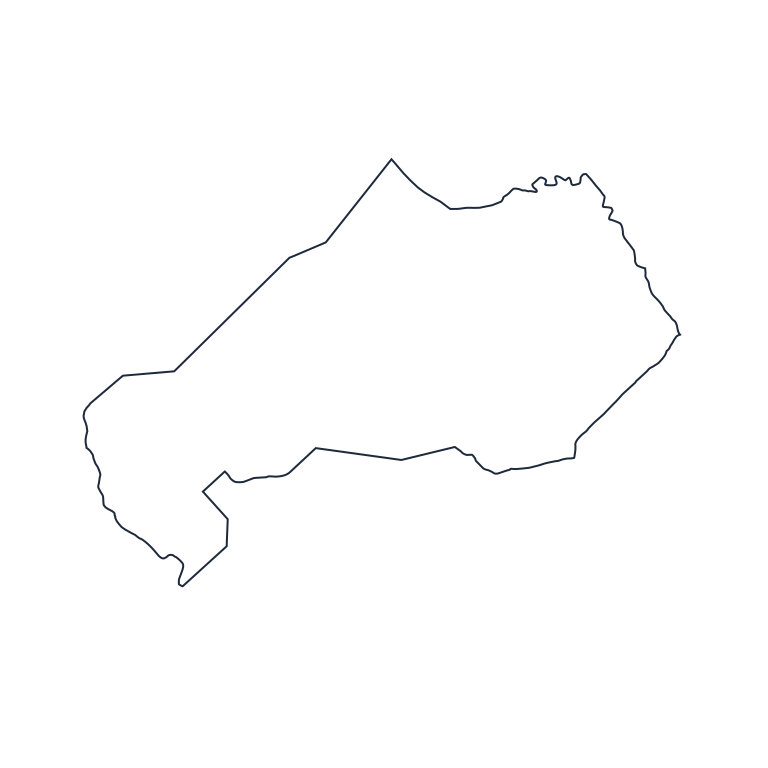 San Jose, La Paz, Honduras, rotated 138°
{"feature_id": "27666195B94160628539031", "entity_name": "San Jose", "entity_type": "district", "adm_level": 2, "iso_a3": "HND", "parent_name": "Honduras", "parent_adm1": "La Paz", "projection": "albers", "projection_center": [-87.966, 14.235], "detail": "fine", "context": "isolated", "style": "outline", "palette": "slate", "viewbox_px": 768, "rotation_deg": 138, "n_neighbors": 0, "source": "geoboundaries", "source_scale": "gbopen_adm2", "svg_char_len": 6129}
<svg xmlns="http://www.w3.org/2000/svg" viewBox="0 0 768 768"><g transform="rotate(138 384 384)"><path d="M112.5,295.2L113.6,296.8L114.7,298.7L115.4,300.1L116.4,302.3L116.5,303.0L116.3,304.6L115.8,306.2L115.4,307.0L115.0,307.6L113.8,308.8L113.2,309.5L110.5,313.4L109.0,315.9L108.9,316.3L108.5,320.0L107.7,330.5L107.5,331.9L107.1,333.3L106.6,334.5L106.1,335.5L104.3,337.7L102.7,340.1L101.8,341.9L101.3,343.4L101.1,344.3L101.1,345.2L101.2,345.8L101.5,346.6L102.7,349.2L104.5,352.7L105.0,353.6L106.1,355.0L106.3,355.5L106.3,355.8L106.1,356.2L105.6,356.7L104.6,357.4L103.6,357.9L102.4,358.4L99.9,359.1L98.1,359.9L98.0,360.0L97.3,362.5L97.4,362.9L98.3,364.2L100.2,366.4L102.3,368.5L102.5,368.9L102.5,369.4L102.4,369.7L102.1,370.1L98.3,372.7L95.5,374.8L94.8,375.6L94.5,376.1L94.4,376.8L94.5,378.1L93.9,383.4L93.8,389.3L93.3,397.7L93.3,403.2L93.3,404.3L93.4,404.8L93.8,405.2L94.5,405.7L95.4,406.4L96.8,406.5L98.2,406.2L99.2,406.0L99.8,405.7L100.4,405.2L101.4,404.1L102.4,403.3L103.5,402.5L104.3,402.3L104.7,402.3L105.3,402.5L107.0,403.3L108.6,404.1L109.9,405.0L110.4,405.4L110.6,405.9L110.8,406.5L110.8,407.0L110.6,407.6L109.1,410.3L108.5,411.9L108.3,412.7L108.4,413.3L108.5,413.5L108.8,413.7L109.2,413.8L110.8,413.9L112.5,413.9L113.0,414.1L113.6,415.7L114.3,418.5L114.8,420.1L115.5,421.4L116.0,422.3L116.7,422.9L117.1,423.2L117.6,423.3L118.0,423.2L118.5,422.9L118.9,422.6L119.7,421.2L120.4,419.3L120.9,418.3L121.3,417.7L121.6,417.5L121.9,417.3L122.3,417.2L122.8,417.2L124.0,417.6L125.2,418.4L127.4,420.3L130.1,423.0L130.5,423.5L130.7,424.1L130.7,424.4L130.5,424.7L128.5,425.8L127.7,426.4L127.4,426.8L127.3,427.4L127.2,428.0L127.4,428.8L127.6,429.7L128.0,430.6L128.3,431.3L128.8,431.9L129.2,432.4L129.8,432.8L130.5,433.0L131.4,433.1L134.0,433.0L139.4,433.1L140.1,433.1L140.3,433.0L140.6,432.6L140.9,432.0L141.1,431.2L141.3,430.3L141.3,429.2L140.9,427.3L141.0,425.9L141.2,425.3L141.5,425.0L141.9,424.8L142.3,424.9L142.9,425.3L145.3,428.4L146.1,429.3L146.6,429.9L147.6,430.5L148.0,430.9L149.0,432.5L149.5,433.3L150.5,434.3L151.6,435.2L152.6,437.3L153.6,439.0L155.6,441.3L156.6,442.1L157.3,442.4L157.7,442.5L159.5,442.5L163.0,442.2L165.0,442.2L166.2,442.3L168.7,442.8L169.9,442.9L170.3,442.8L170.7,442.7L171.7,442.0L172.4,441.7L173.9,441.3L174.7,441.1L177.0,441.9L183.5,444.3L184.9,445.0L189.2,447.6L193.5,450.1L195.0,451.0L198.9,454.3L202.8,458.0L204.3,459.3L205.6,460.3L209.4,462.9L212.2,464.9L214.9,467.3L217.7,469.9L220.0,481.6L223.1,490.6L225.7,499.3L227.3,507.2L228.2,517.7L228.5,528.0L228.1,541.7L228.1,546.0L332.5,528.2L364.6,539.2L369.8,541.1L531.4,533.8L572.5,564.9L615.1,566.1L616.7,565.7L621.3,565.2L625.1,564.0L628.4,561.5L629.8,559.7L631.0,556.8L631.7,554.8L633.2,551.7L636.1,547.4L637.7,546.4L640.5,544.4L642.7,542.6L644.5,540.7L645.7,538.9L646.9,536.8L647.8,535.7L647.3,533.2L647.2,531.1L647.3,529.6L647.8,526.4L648.2,525.5L649.7,523.0L651.2,519.3L651.8,517.4L652.1,514.8L652.5,513.3L653.3,510.9L654.3,508.5L655.2,506.7L655.7,506.2L658.2,504.4L661.6,501.6L664.2,499.7L665.3,498.7L665.7,497.8L666.2,496.1L666.9,493.0L667.4,490.2L667.8,489.0L668.2,488.2L668.7,487.5L671.3,484.3L672.9,482.2L673.3,481.4L673.4,480.6L673.5,479.9L673.3,478.0L672.5,475.2L671.1,471.4L670.8,469.9L670.8,468.8L670.8,468.3L671.0,467.8L671.8,467.0L672.0,466.7L672.2,465.5L673.1,464.6L673.4,464.0L674.0,462.2L674.4,460.5L674.6,458.6L674.7,456.2L674.7,453.4L674.3,451.3L673.7,448.9L671.5,442.4L669.9,438.3L669.8,437.5L669.5,435.4L669.1,433.5L668.8,432.6L668.3,431.6L668.0,431.0L667.6,429.5L667.2,427.7L666.5,422.8L666.2,417.9L666.2,412.4L666.4,407.5L666.3,406.0L665.9,404.1L665.6,403.3L665.1,402.4L664.5,401.9L664.1,401.6L663.4,401.4L662.1,401.0L661.0,400.9L659.5,400.9L658.4,400.7L657.7,400.4L657.0,399.9L656.5,399.4L655.9,398.8L655.3,397.7L655.2,397.0L655.0,395.8L654.4,394.7L654.2,393.8L653.7,390.3L653.6,387.8L653.6,386.1L653.9,384.8L654.4,383.8L655.4,382.7L656.2,382.0L658.7,380.4L666.8,376.2L667.5,375.6L668.1,375.1L670.3,372.6L670.3,372.4L670.3,372.1L669.9,370.5L669.5,369.4L668.9,368.4L609.5,368.7L590.6,388.1L590.6,425.2L560.9,425.5L560.7,423.3L560.7,421.6L560.8,419.6L561.3,416.9L561.3,415.9L561.2,414.9L560.9,413.2L560.4,411.5L559.7,410.3L558.6,409.1L556.3,407.0L554.5,405.6L553.8,405.2L550.9,404.0L545.6,402.0L544.1,401.4L543.3,400.9L541.4,399.5L534.0,393.6L533.5,393.3L532.3,393.0L531.1,392.2L529.4,390.6L526.7,387.8L524.6,386.1L522.6,384.7L519.0,382.7L517.6,382.2L516.2,381.8L514.4,381.5L512.4,381.4L477.6,382.0L421.9,315.9L373.5,289.8L372.0,282.9L371.9,282.1L371.9,280.3L371.5,278.9L370.7,277.1L370.0,275.9L366.3,272.9L366.1,272.6L365.9,272.2L365.8,270.7L366.0,268.8L366.2,267.5L367.0,265.8L367.1,265.0L366.7,255.2L366.4,254.0L365.9,252.8L365.5,252.1L364.2,250.2L363.1,247.8L362.6,246.4L362.2,244.9L361.9,244.0L361.4,243.1L360.8,242.4L359.6,241.5L358.0,240.7L351.4,237.9L348.5,236.4L347.6,236.1L347.3,236.3L347.0,236.2L346.4,236.0L346.0,235.7L344.0,233.5L342.5,232.2L337.2,228.2L332.2,224.6L323.2,219.8L318.4,217.7L314.8,215.8L310.0,213.0L308.4,212.0L305.6,210.1L304.6,209.7L302.4,208.8L300.4,207.7L298.1,206.3L294.8,203.6L292.4,201.9L292.1,201.9L290.8,202.8L285.7,207.1L283.6,209.4L282.2,211.1L281.4,211.8L280.5,212.3L279.0,212.9L277.8,213.2L276.2,213.5L273.3,213.8L270.4,213.9L268.3,213.8L266.0,213.6L265.0,213.6L260.6,214.3L253.7,214.7L241.1,214.6L227.6,215.6L223.2,215.8L218.0,216.3L213.7,216.8L204.0,216.9L197.6,216.9L196.1,217.0L194.6,217.4L193.9,217.4L180.7,217.5L179.4,217.6L177.0,217.9L175.5,217.8L172.9,217.1L167.3,216.1L166.3,216.0L164.8,216.0L160.3,216.5L156.5,217.2L154.6,217.9L153.1,218.7L151.9,219.4L149.9,219.3L148.8,219.4L147.8,219.7L145.3,220.8L142.3,221.5L138.9,222.7L135.6,223.5L134.7,223.6L133.7,223.5L132.4,223.2L131.0,222.6L131.0,223.2L130.9,224.0L130.5,225.6L129.1,228.4L128.5,229.4L127.6,230.7L127.3,231.2L126.3,233.8L125.9,235.5L125.9,236.5L126.3,238.1L126.4,239.4L126.3,240.6L126.0,242.7L126.1,246.8L126.1,250.4L125.9,251.9L125.2,254.0L124.8,255.4L124.4,259.1L124.3,262.7L124.6,268.6L124.5,270.7L124.3,272.2L123.4,274.8L122.1,277.9L121.4,279.1L120.0,281.3L119.1,283.0L118.9,283.9L118.3,287.4L118.0,288.6L117.0,289.9L115.3,291.5L113.4,294.1L112.5,295.2Z" fill="none" stroke="#1e293b" stroke-width="2"/></g></svg>